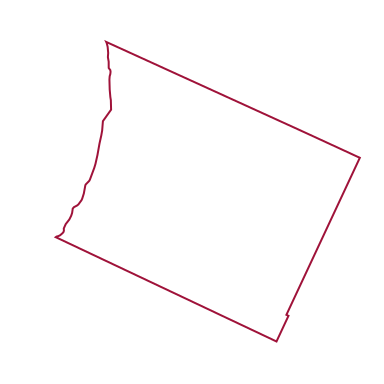 the district of Lewis, Missouri, United States of America, rotated 204°
{"feature_id": "52423323B3556766524174", "entity_name": "Lewis", "entity_type": "district", "adm_level": 2, "iso_a3": "USA", "parent_name": "United States of America", "parent_adm1": "Missouri", "projection": "robinson", "projection_center": [-91.537, 40.101], "detail": "fine", "context": "isolated", "style": "outline", "palette": "rose", "viewbox_px": 384, "rotation_deg": 204, "n_neighbors": 0, "source": "geoboundaries", "source_scale": "gbopen_adm2", "svg_char_len": 805}
<svg xmlns="http://www.w3.org/2000/svg" viewBox="0 0 384 384"><g transform="rotate(204 192 192)"><path d="M113.2,292.3L331.4,294.2L330.6,293.5L328.1,290.3L325.1,284.9L323.7,281.0L321.1,277.1L318.8,272.0L318.5,271.4L316.2,270.1L315.3,268.7L314.6,266.5L314.3,264.3L313.2,261.2L308.9,252.2L305.2,245.5L303.5,242.9L299.4,234.3L302.2,220.5L299.1,211.7L297.9,206.9L296.2,198.6L293.4,187.3L291.6,178.3L291.1,174.3L290.3,161.8L290.4,160.4L292.1,155.8L292.2,154.9L290.2,146.6L289.6,141.3L289.6,139.6L290.7,134.5L291.5,132.9L293.7,130.1L294.2,128.3L293.9,127.3L293.0,124.1L292.7,121.1L292.9,117.0L294.3,111.3L294.3,106.5L293.4,104.8L293.1,103.4L293.5,101.8L294.9,98.8L296.2,97.3L297.6,96.2L298.1,95.3L54.0,89.8L53.5,118.1L55.8,118.2L52.6,291.5L113.2,292.3Z" fill="none" stroke="#9f1239" stroke-width="2"/></g></svg>